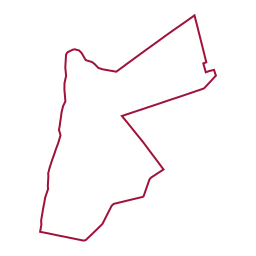 the border of Jordan
{"feature_id": "JOR", "entity_name": "Jordan", "entity_type": "country or territory", "adm_level": 0, "iso_a3": "JOR", "parent_name": "Asia", "parent_adm1": "", "projection": "equal_earth", "projection_center": [36.712, 31.281], "detail": "fine", "context": "isolated", "style": "outline", "palette": "rose", "viewbox_px": 256, "rotation_deg": 0, "n_neighbors": 0, "source": "natural_earth", "source_scale": "50m", "svg_char_len": 1190}
<svg xmlns="http://www.w3.org/2000/svg" viewBox="0 0 256 256"><path d="M74.8,49.3L79.1,50.5L81.6,53.0L85.7,60.1L92.2,62.1L94.8,64.2L98.3,67.9L102.6,69.3L116.3,71.7L127.1,63.7L136.3,57.0L146.7,49.4L153.8,44.3L165.9,35.5L173.8,29.9L184.3,22.6L194.5,15.4L197.5,27.1L200.4,38.7L203.4,50.6L206.3,62.3L203.3,63.4L205.8,72.3L209.7,70.9L214.0,69.9L215.9,75.6L210.0,82.0L204.1,88.3L202.7,88.9L195.0,91.5L179.1,96.9L168.5,100.4L154.9,105.0L143.5,108.8L132.3,112.5L121.9,116.0L127.9,123.3L137.0,134.6L143.1,142.1L150.2,151.7L156.7,160.3L163.5,169.5L158.7,172.6L150.9,177.7L150.1,178.7L149.4,179.6L146.2,188.8L143.7,196.0L142.8,196.9L131.8,199.5L120.7,202.2L113.7,203.9L111.7,205.7L107.1,214.7L102.4,224.0L94.5,231.7L85.7,240.1L83.5,240.6L77.2,239.3L66.4,237.1L55.9,235.0L48.8,233.5L40.1,231.8L41.4,224.6L41.1,220.8L43.2,208.2L44.4,202.2L45.1,197.8L48.1,188.9L47.8,186.0L48.4,175.8L48.1,173.8L49.5,168.2L52.1,160.1L54.6,153.2L55.6,150.0L58.1,143.4L60.5,135.3L59.3,130.9L58.9,130.1L59.9,125.0L59.8,124.9L61.0,116.7L61.6,112.2L63.0,106.3L65.4,101.3L64.4,89.5L64.5,83.1L66.1,75.9L65.3,67.5L66.0,55.5L66.2,54.4L67.1,52.9L67.7,52.2L72.7,49.7L74.8,49.3Z" fill="none" stroke="#9f1239" stroke-width="2"/></svg>